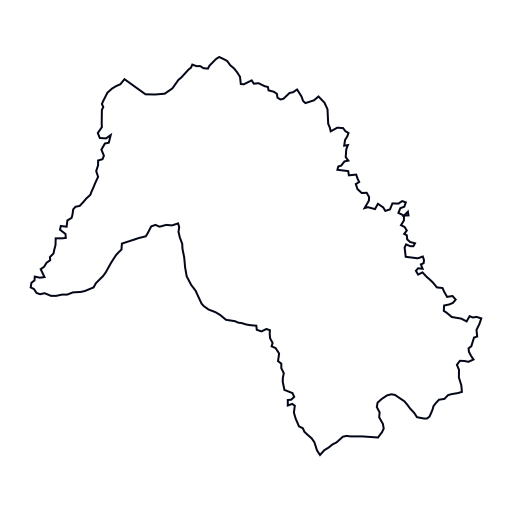 Buriti Alegre, Goiás, Brazil (Mercator projection)
{"feature_id": "56859067B76580178094569", "entity_name": "Buriti Alegre", "entity_type": "district", "adm_level": 2, "iso_a3": "BRA", "parent_name": "Brazil", "parent_adm1": "Goiás", "projection": "mercator", "projection_center": [-49.002, -18.136], "detail": "fine", "context": "isolated", "style": "outline", "palette": "ink", "viewbox_px": 512, "rotation_deg": 0, "n_neighbors": 0, "source": "geoboundaries", "source_scale": "gbopen_adm2", "svg_char_len": 4144}
<svg xmlns="http://www.w3.org/2000/svg" viewBox="0 0 512 512"><path d="M366.3,436.7L378.0,437.5L382.1,432.0L383.7,428.6L382.9,423.9L379.2,417.4L379.6,412.4L376.8,407.0L377.6,402.6L381.8,398.9L387.0,395.4L391.3,394.3L394.9,394.9L404.4,401.3L407.2,404.6L410.0,408.4L414.2,412.9L417.0,417.2L423.9,418.5L427.0,418.5L429.5,416.6L431.3,412.6L432.6,409.4L433.5,406.1L435.8,403.1L439.0,399.7L444.4,398.9L448.1,395.1L451.7,394.1L457.8,393.1L461.9,391.9L461.3,385.2L458.9,377.5L459.0,369.8L456.9,364.8L459.9,360.8L464.3,361.0L468.4,361.8L473.5,359.5L471.3,356.3L468.9,351.8L468.6,348.3L471.3,346.3L474.0,337.6L477.2,336.5L476.5,329.9L479.4,324.0L481.3,318.4L476.5,316.9L473.0,317.5L469.6,316.2L466.6,321.4L461.2,318.6L455.8,317.7L451.8,317.0L446.4,312.5L443.8,310.9L444.1,305.5L449.1,304.5L452.9,302.9L455.7,299.6L452.5,296.0L447.1,296.9L444.1,291.6L442.5,288.0L436.9,287.4L432.7,282.3L429.4,279.2L426.7,276.9L422.5,272.4L418.1,274.6L415.9,270.8L418.1,268.3L422.6,268.8L420.9,264.4L423.6,263.2L424.0,260.1L422.8,256.5L417.8,258.3L405.7,256.8L404.6,247.5L406.1,244.4L410.3,246.2L413.4,246.2L415.0,243.3L410.1,242.0L407.2,239.4L406.8,235.3L404.2,233.9L406.8,230.5L404.6,227.0L401.0,225.2L403.9,220.5L404.0,215.6L398.4,212.9L400.3,208.2L404.3,206.7L405.8,202.4L402.2,201.1L398.4,203.6L392.4,203.4L390.0,209.4L385.3,210.9L383.2,207.4L377.9,203.8L375.0,209.1L367.9,207.2L364.6,208.1L368.9,200.6L369.1,197.1L366.7,192.8L361.7,193.0L357.5,189.1L355.8,184.1L359.2,182.0L357.6,178.8L356.2,174.6L348.9,175.3L348.2,171.1L337.4,169.8L338.3,166.5L341.2,165.6L344.5,161.4L348.3,160.6L345.7,157.1L346.3,149.2L347.9,145.1L344.2,145.7L345.0,140.1L347.4,136.1L348.5,133.0L345.3,131.1L343.1,128.1L337.3,127.7L330.7,131.3L329.8,127.5L328.2,123.8L327.5,109.3L324.5,102.7L318.5,96.5L314.0,100.3L305.4,103.1L303.1,101.0L301.5,96.5L297.1,89.5L293.1,92.2L289.5,93.0L283.5,98.7L280.5,99.5L277.5,97.7L276.8,93.7L273.7,91.7L268.6,90.4L267.9,87.0L264.7,86.2L258.5,83.2L253.8,83.7L251.7,80.4L248.4,82.0L243.8,84.3L240.8,84.0L240.0,76.8L237.0,72.1L234.0,68.4L230.3,65.3L227.2,61.0L223.9,59.2L219.2,57.0L215.9,59.1L213.2,61.9L209.5,65.6L207.9,68.6L203.5,68.2L200.2,66.1L196.4,66.1L192.3,64.6L191.0,67.6L188.5,69.6L181.4,77.4L178.4,79.9L172.4,88.4L164.7,93.7L155.1,94.5L145.5,94.3L135.2,86.9L124.5,79.2L120.3,84.3L116.3,86.0L112.0,88.6L107.4,92.7L103.2,101.0L101.9,104.0L103.3,107.0L101.9,109.8L101.7,123.7L101.9,127.1L97.8,133.0L99.8,138.0L106.0,138.4L110.7,135.1L108.8,142.7L104.9,143.5L101.4,149.6L103.9,155.7L102.5,159.2L98.1,160.5L98.1,165.2L96.2,171.1L98.1,176.8L95.1,183.3L93.1,188.2L91.5,191.7L90.3,194.9L86.5,198.3L82.8,202.6L79.7,205.9L75.4,206.8L73.2,209.4L72.5,214.5L71.6,217.9L67.4,220.4L66.6,226.7L60.8,226.0L60.0,229.7L65.5,234.0L65.8,237.9L62.6,238.3L55.7,238.3L55.5,245.1L54.2,250.0L53.5,253.5L49.9,257.1L50.2,260.2L46.5,262.8L44.2,266.7L40.7,269.2L44.5,277.1L39.8,277.7L34.8,276.6L34.5,280.4L31.4,282.8L30.7,287.4L33.9,289.0L36.6,293.0L40.1,294.2L44.6,293.2L51.1,295.9L56.0,295.9L62.0,294.6L67.2,294.6L72.9,292.4L81.0,291.9L84.9,291.0L93.6,287.4L95.9,283.2L103.2,275.9L105.6,272.6L111.3,262.4L116.0,255.1L118.2,252.7L121.5,249.5L121.9,243.6L138.6,238.1L145.8,236.3L147.7,233.2L151.2,226.4L155.4,224.9L159.6,226.7L166.2,224.9L172.0,225.4L178.1,223.4L179.2,227.2L178.5,231.7L179.8,237.4L182.2,243.8L182.5,249.0L184.2,257.4L185.1,267.3L186.7,276.4L191.3,285.1L195.6,290.7L197.5,294.9L201.6,303.7L203.8,306.1L208.5,309.5L215.5,312.2L220.2,315.0L226.0,319.8L235.0,321.2L238.3,322.7L241.4,323.0L246.2,324.5L250.5,325.2L256.3,325.7L256.8,329.8L261.5,331.4L266.4,329.0L269.9,330.2L269.7,333.7L270.1,338.3L272.6,343.0L271.6,346.3L275.6,348.1L279.1,353.5L278.6,357.2L278.0,361.1L281.3,363.6L281.3,368.2L283.8,373.2L282.9,377.6L282.7,381.6L284.4,389.9L292.5,393.1L294.2,396.9L291.2,399.7L287.8,400.0L287.8,405.5L292.3,403.9L294.8,405.7L293.9,412.6L295.7,418.8L297.5,422.9L299.0,426.4L302.8,428.2L304.4,431.8L307.5,434.7L311.7,438.4L314.4,442.3L317.0,450.4L320.0,455.0L324.3,450.2L328.7,447.5L332.5,444.4L336.4,442.5L342.9,436.7L346.6,435.9L350.6,436.4L362.1,436.4L366.3,436.7ZM404.0,215.6L408.5,215.4L407.9,211.7L404.0,215.6Z" fill="none" stroke="#020617" stroke-width="2"/></svg>